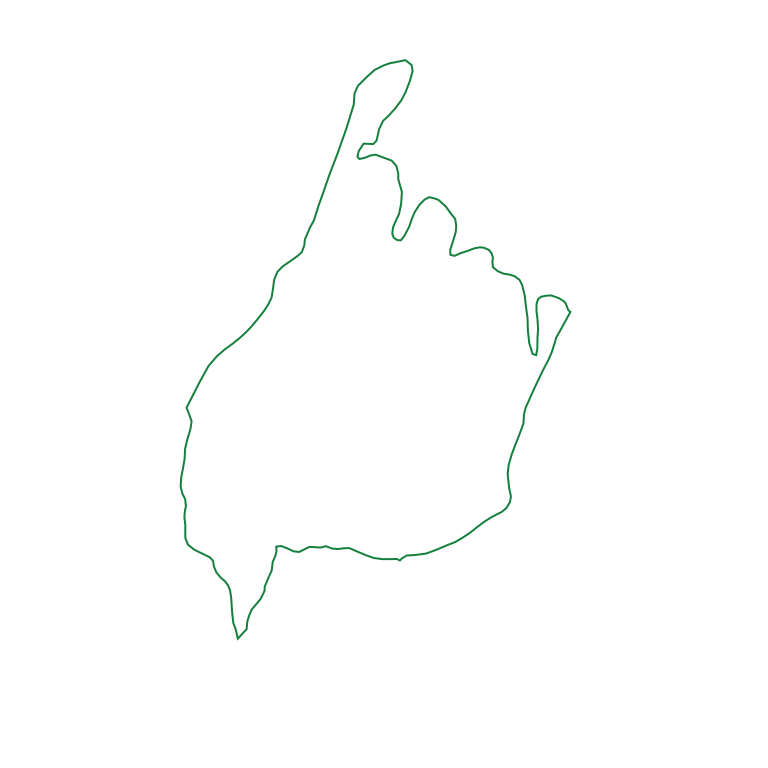 outline of Komo-Ocèan, Estuaire, Gabon, rotated 29°
{"feature_id": "22940354B91533016002313", "entity_name": "Komo-Ocèan", "entity_type": "district", "adm_level": 2, "iso_a3": "GAB", "parent_name": "Gabon", "parent_adm1": "Estuaire", "projection": "robinson", "projection_center": [9.579, -0.117], "detail": "fine", "context": "isolated", "style": "outline", "palette": "green", "viewbox_px": 768, "rotation_deg": 29, "n_neighbors": 0, "source": "geoboundaries", "source_scale": "gbopen_adm2", "svg_char_len": 2909}
<svg xmlns="http://www.w3.org/2000/svg" viewBox="0 0 768 768"><g transform="rotate(29 384 384)"><path d="M512.1,230.6L509.3,230.0L504.2,225.7L501.9,224.6L495.3,224.1L487.3,225.5L483.1,228.1L479.2,231.4L477.6,234.9L478.6,240.0L482.1,246.5L486.0,251.7L492.0,261.0L495.7,268.9L501.1,279.0L503.1,285.0L499.4,285.7L491.2,277.8L483.8,267.3L477.6,256.8L469.1,245.4L464.2,238.4L456.8,230.4L452.0,227.2L445.8,226.4L440.3,227.6L435.3,229.5L428.9,230.2L422.7,229.0L419.7,224.8L418.0,220.6L414.3,217.3L410.8,215.9L405.2,216.4L401.5,218.0L397.0,221.8L392.9,226.7L387.7,232.3L383.6,237.7L379.5,238.8L377.0,234.9L374.9,224.6L373.1,216.4L370.6,210.8L366.3,205.2L360.1,202.6L351.8,198.7L342.6,196.6L339.1,197.0L332.9,198.7L330.0,203.3L328.1,210.1L327.5,218.7L328.3,226.0L329.8,234.4L330.0,244.2L329.2,250.0L326.1,251.7L321.7,251.4L318.4,248.6L316.0,242.8L315.2,235.1L314.7,227.9L311.6,218.0L306.5,207.3L297.2,198.0L294.3,192.8L289.0,187.2L282.4,184.9L265.5,187.5L261.4,190.7L257.6,195.4L253.5,199.1L250.6,198.2L249.0,192.6L249.6,183.7L258.3,179.3L259.5,174.9L257.9,169.3L256.2,163.4L255.6,154.3L258.1,146.6L260.3,137.1L261.6,127.3L261.4,118.6L259.7,106.5L257.4,96.5L253.5,91.6L245.7,90.4L237.5,97.4L233.5,100.7L229.2,105.6L223.6,113.7L220.3,123.1L216.6,135.9L217.3,144.1L222.0,154.1L227.1,177.9L231.7,205.4L234.6,226.2L238.3,247.5L240.5,261.0L243.4,274.8L243.4,282.9L244.7,295.8L247.1,301.4L248.2,308.6L246.5,313.5L242.6,321.7L238.3,330.5L236.4,337.5L237.4,346.2L240.3,353.4L243.8,363.0L244.2,370.9L243.6,378.8L241.8,389.8L240.1,398.4L237.9,406.8L235.2,414.5L231.9,422.5L228.0,430.9L224.3,441.1L221.8,453.3L221.8,471.9L222.8,500.6L226.0,503.0L233.8,509.9L236.5,517.1L238.9,527.9L241.4,537.0L246.0,546.4L249.1,555.3L251.9,563.9L255.8,572.2L260.6,577.5L265.9,581.1L269.9,586.8L271.7,592.2L274.0,597.3L278.7,603.8L281.8,609.6L285.0,615.1L290.5,619.6L298.5,620.9L308.2,620.4L315.5,620.0L320.2,621.5L323.8,626.2L328.7,630.0L335.2,632.6L340.6,633.6L345.3,635.8L349.4,639.1L354.1,645.2L358.3,651.8L363.0,659.0L368.2,666.2L373.8,671.0L379.6,677.6L382.7,665.1L379.6,658.0L378.3,651.8L377.6,645.5L379.7,635.0L380.3,631.4L379.8,622.9L377.9,618.9L376.7,608.1L376.2,601.5L372.9,593.5L372.4,587.5L371.1,582.5L368.6,578.5L372.5,575.6L378.5,574.7L385.9,574.2L391.3,572.0L394.0,568.0L397.6,562.8L401.8,560.6L407.8,557.8L411.9,554.0L418.3,553.1L423.8,550.6L428.3,547.3L433.0,544.4L441.2,543.6L451.8,542.4L459.8,541.0L467.4,538.0L473.2,534.8L479.9,530.9L483.5,530.6L484.3,527.6L487.0,523.0L494.0,518.6L503.1,511.8L509.7,504.2L517.6,494.1L523.0,487.6L526.6,481.5L531.3,472.6L534.9,463.8L538.4,456.0L542.0,449.3L545.7,443.6L549.0,438.8L551.2,433.0L551.4,426.1L549.4,420.6L544.3,414.8L539.7,408.4L535.7,402.6L532.3,394.3L529.9,384.0L528.4,374.1L527.2,364.4L525.1,350.9L521.2,342.9L519.4,336.2L517.6,315.1L516.4,295.7L516.1,283.2L515.3,274.7L513.5,265.9L512.1,259.9L512.2,252.0L512.1,230.6Z" fill="none" stroke="#15803d" stroke-width="2"/></g></svg>